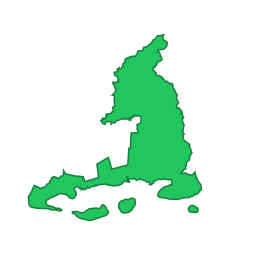 South East Santo, Sanma, Vanuatu (Mercator projection), rotated 101°
{"feature_id": "77236927B70121045858985", "entity_name": "South East Santo", "entity_type": "district", "adm_level": 2, "iso_a3": "VUT", "parent_name": "Vanuatu", "parent_adm1": "Sanma", "projection": "mercator", "projection_center": [167.149, -15.403], "detail": "fine", "context": "isolated", "style": "filled", "palette": "green", "viewbox_px": 256, "rotation_deg": 101, "n_neighbors": 0, "source": "geoboundaries", "source_scale": "gbopen_adm2", "svg_char_len": 5907}
<svg xmlns="http://www.w3.org/2000/svg" viewBox="0 0 256 256"><g transform="rotate(101 128 128)"><path d="M182.1,183.1L185.8,182.5L187.7,182.9L188.0,184.7L190.6,186.3L189.8,191.7L191.8,193.6L192.6,192.8L195.2,194.9L196.0,194.5L197.1,194.7L198.6,196.8L202.2,198.2L202.4,200.1L203.4,201.8L204.3,202.4L204.2,203.3L203.4,203.8L202.3,209.1L208.4,210.5L214.5,212.6L214.4,212.2L214.5,212.5L221.5,210.7L223.1,209.8L224.0,208.6L224.2,202.6L222.5,191.6L223.0,187.0L222.1,183.0L222.5,180.1L222.2,178.1L221.6,177.5L220.8,177.6L219.9,181.0L220.4,181.8L220.4,183.0L221.3,183.0L221.6,183.8L220.4,184.2L219.8,185.4L219.1,192.9L218.6,193.8L217.0,194.2L216.7,194.6L214.9,194.4L210.6,189.8L208.9,186.7L208.1,186.2L207.5,184.8L206.6,184.4L205.8,183.3L205.3,181.4L204.8,180.9L205.3,178.7L205.0,176.5L206.0,174.2L207.4,172.6L208.1,169.1L206.4,167.1L203.4,166.1L200.7,166.9L198.7,169.2L197.1,169.1L195.4,167.7L195.3,166.3L196.6,164.0L195.7,163.3L195.7,162.7L196.2,162.1L196.9,162.2L196.7,161.7L197.2,161.8L196.3,160.7L196.3,160.2L197.1,159.4L196.0,157.5L195.5,157.5L194.7,156.6L194.0,156.6L194.4,155.8L194.1,154.1L192.5,152.8L191.6,149.4L190.0,148.7L190.6,147.5L188.9,145.5L188.8,143.6L188.0,143.0L188.3,142.5L187.6,140.5L187.5,138.0L188.0,135.5L187.3,133.5L187.7,131.6L186.2,126.5L184.4,123.8L180.6,120.9L180.4,119.5L181.0,118.8L180.3,117.9L180.9,117.7L181.0,116.3L180.3,116.2L179.8,116.7L179.9,117.7L179.4,117.8L178.5,118.8L177.4,119.5L176.4,119.7L176.1,118.7L178.2,118.8L178.9,118.3L177.4,116.2L177.3,114.3L176.3,112.1L177.8,109.8L176.9,108.7L176.3,106.8L174.8,105.6L175.7,106.1L176.1,105.8L175.8,104.7L176.6,102.1L176.3,101.2L176.7,100.0L177.6,99.4L177.6,98.6L177.0,97.8L176.9,96.7L177.7,96.1L179.3,96.3L179.5,94.7L177.0,92.4L176.2,92.6L175.0,91.8L172.3,87.8L172.2,85.0L171.5,84.0L171.1,81.1L171.3,78.5L170.0,76.9L170.1,76.4L172.8,74.4L173.7,74.6L174.3,74.0L175.0,74.2L175.7,75.9L176.9,77.0L179.2,81.7L184.2,85.3L188.6,86.2L189.6,84.8L190.0,82.9L189.6,77.6L189.9,74.5L188.9,66.7L187.1,62.2L185.9,60.4L184.7,54.6L183.4,53.5L182.3,51.1L180.7,49.9L179.9,48.0L178.6,46.7L175.6,45.4L175.6,44.8L174.6,44.1L169.6,45.8L165.9,50.0L163.7,50.9L162.8,52.2L161.2,52.5L160.2,53.6L158.6,53.6L159.8,54.7L160.8,54.8L162.1,57.1L162.1,60.9L161.1,62.8L162.1,65.1L162.3,67.4L161.8,67.7L160.6,66.2L158.2,65.2L157.6,64.6L157.4,63.6L154.7,64.0L153.7,63.5L151.1,64.0L149.2,63.0L147.6,61.5L144.8,62.1L143.2,61.4L142.4,61.7L140.3,60.4L138.7,61.7L136.8,62.3L136.2,63.3L135.0,63.4L134.7,64.5L132.5,64.2L130.1,69.0L130.1,70.0L126.9,72.3L125.9,72.1L124.6,72.7L123.3,71.7L121.8,73.0L121.2,74.4L119.5,73.4L116.7,73.7L114.6,73.4L110.7,76.0L108.3,76.2L107.6,75.5L106.7,75.4L105.8,76.7L104.5,77.1L103.9,78.8L103.0,77.6L101.6,78.1L100.9,79.4L100.1,79.6L99.9,80.7L98.8,81.4L98.4,82.3L99.2,83.7L99.0,84.3L96.2,84.5L93.5,83.1L90.2,85.8L88.1,86.4L87.2,85.8L85.7,86.2L84.5,87.9L83.2,88.4L82.3,89.5L81.4,89.6L81.5,90.5L80.4,90.9L79.8,91.7L77.5,91.9L76.0,93.2L76.0,94.4L76.8,94.7L76.8,95.2L74.7,98.5L75.4,100.2L72.7,102.8L73.1,103.6L72.9,104.0L71.3,104.5L71.5,105.1L70.9,106.2L70.5,110.8L68.2,111.1L67.9,112.4L67.1,112.8L66.5,114.0L66.7,114.6L66.2,115.1L65.3,114.6L63.5,114.5L63.7,113.7L62.9,113.1L61.5,113.1L61.0,112.0L60.5,112.3L58.7,112.2L57.5,110.6L56.3,110.2L55.9,108.7L54.4,107.6L51.8,109.0L51.6,109.5L48.4,111.0L47.0,112.5L47.5,113.8L46.0,113.6L45.0,112.1L44.3,108.8L43.5,107.8L42.0,106.5L39.6,105.5L37.1,105.7L35.9,106.5L35.1,109.5L33.5,110.8L32.6,110.8L32.1,111.5L29.7,110.8L31.8,115.5L31.7,116.6L35.6,118.3L37.1,120.5L38.2,120.6L40.9,121.6L42.2,123.4L44.6,124.7L44.9,126.0L45.6,126.3L45.4,127.1L46.0,128.2L48.7,128.2L49.8,129.8L50.1,131.9L51.0,133.0L53.8,133.2L56.0,134.6L57.3,138.8L57.9,140.0L58.8,140.7L60.0,143.2L61.4,143.9L63.3,143.6L63.8,144.0L64.1,143.2L65.8,145.1L67.5,145.3L68.1,144.6L69.2,144.5L69.2,145.4L70.6,145.9L71.4,147.0L71.4,147.5L70.6,148.1L71.8,148.4L72.1,149.9L72.6,150.0L73.3,148.9L74.3,148.7L75.1,149.4L75.2,150.9L76.4,152.2L78.9,150.9L79.6,148.1L81.8,147.1L83.7,147.1L83.9,146.4L84.8,146.2L85.0,145.5L85.2,148.2L86.0,149.4L85.6,151.3L86.4,151.6L87.5,151.1L89.3,149.1L91.0,148.7L92.1,147.2L94.7,147.3L97.1,148.4L97.7,149.2L98.2,148.9L98.6,149.5L98.6,148.0L100.2,146.9L102.2,147.2L108.0,145.5L108.8,145.5L110.6,146.9L114.2,145.8L115.0,146.0L115.6,147.1L116.4,147.2L117.2,148.0L118.5,152.1L120.0,152.0L119.9,150.9L120.2,150.8L122.0,152.3L123.3,152.0L123.7,152.7L123.1,154.7L123.5,155.0L124.7,154.4L125.1,155.5L125.8,156.1L126.2,156.1L126.2,155.5L128.4,153.6L128.9,151.4L127.6,151.2L125.6,149.8L125.5,147.6L124.9,146.2L125.4,145.6L127.5,145.3L125.5,144.1L125.4,141.8L123.4,141.1L119.7,134.4L120.2,133.3L119.3,132.9L119.5,130.5L118.4,129.2L118.6,128.7L119.9,128.6L120.0,126.8L117.6,127.5L117.7,126.1L116.1,126.1L115.1,125.4L115.0,125.1L115.9,124.5L115.7,123.8L115.4,123.5L114.1,123.5L114.0,122.9L114.6,121.5L113.8,119.7L114.7,117.6L117.1,116.6L120.6,116.7L123.1,119.9L125.2,118.9L127.5,118.9L128.6,117.9L130.7,117.5L132.3,124.0L147.1,121.8L147.9,123.3L164.3,121.1L171.6,136.3L164.6,139.3L160.8,141.9L169.5,151.6L182.3,147.4L188.7,159.8L188.6,160.9L186.6,161.0L186.6,162.5L184.5,162.5L184.7,167.8L185.2,168.9L185.0,178.3L184.5,181.1L182.1,183.1ZM225.2,159.6L225.9,156.7L225.9,150.9L226.3,148.9L225.7,146.6L218.4,133.5L216.4,131.7L215.2,131.1L213.7,131.3L211.4,133.8L210.0,134.6L208.7,136.4L208.2,138.0L208.4,138.6L212.3,140.3L212.8,143.0L212.6,143.9L214.4,149.7L215.5,151.6L216.7,152.3L216.7,152.9L219.5,155.4L220.2,157.9L219.8,163.5L221.0,166.6L222.3,166.3L222.7,163.2L224.2,161.7L225.2,159.6ZM204.3,122.5L207.0,122.2L208.2,121.7L212.0,118.2L212.2,115.3L210.5,110.9L207.1,108.2L206.6,108.4L205.5,107.8L205.0,108.1L205.0,107.7L202.9,106.6L201.0,106.4L197.3,107.3L196.5,107.9L196.0,110.9L198.4,114.0L198.4,116.7L201.6,121.4L204.3,122.5ZM193.4,44.4L191.5,49.5L192.1,51.3L193.0,52.2L194.7,53.2L196.4,53.2L198.4,51.8L198.5,49.3L198.0,45.6L197.6,44.4L196.8,43.7L195.3,43.4L193.4,44.4Z" fill="#22c55e" stroke="#15803d" stroke-width="1.5"/></g></svg>